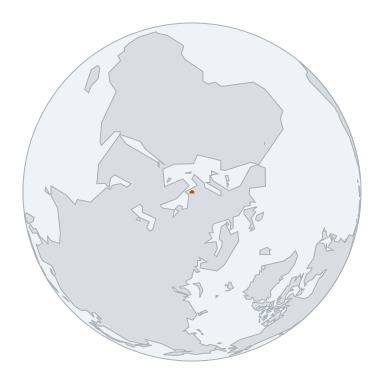 Haskovo on an orthographic globe, rotated 161°
{"feature_id": "BGR-2232", "entity_name": "Haskovo", "entity_type": "Province", "adm_level": 1, "iso_a3": "BGR", "parent_name": "Bulgaria", "parent_adm1": "", "projection": "orthographic", "projection_center": [25.843, 41.878], "detail": "fine", "context": "on_globe", "style": "filled", "palette": "amber", "viewbox_px": 384, "rotation_deg": 161, "n_neighbors": 0, "source": "natural_earth", "source_scale": "10m", "svg_char_len": 11108}
<svg xmlns="http://www.w3.org/2000/svg" viewBox="0 0 384 384"><g transform="rotate(161 192 192)"><circle cx="192" cy="192" r="169" fill="#eef3f6" stroke="#a8b0b8"/><path d="M132.0,34.0L136.6,32.8L131.8,34.4L134.4,33.8L140.6,31.9L144.0,30.8L161.4,29.2L181.9,27.6L188.3,26.2L187.0,27.6L199.0,24.8L210.1,25.2L197.6,25.4L196.4,26.1L203.9,26.4L204.3,27.3L208.1,28.0L207.9,29.1L200.6,29.6L200.3,30.5L205.7,30.7L208.8,32.3L201.0,31.7L205.6,34.5L194.3,36.8L173.6,35.9L167.2,39.6L145.8,45.3L147.8,46.3L140.9,49.7L140.5,52.1L136.7,52.9L139.8,54.3L143.4,53.2L145.9,53.5L146.1,55.0L141.1,56.1L140.4,55.5L139.0,56.6L136.5,56.6L137.8,57.4L131.8,58.8L137.9,59.7L133.2,62.8L129.2,63.1L129.5,60.1L120.9,54.6L116.9,54.7L111.0,57.5L100.2,68.7L95.9,70.4L90.1,74.8L92.5,75.0L97.9,71.7L101.0,73.7L107.2,69.9L109.4,70.3L115.8,68.0L114.9,71.7L110.6,76.7L105.2,79.0L103.2,81.4L108.4,82.3L98.4,89.9L92.0,101.0L89.5,102.9L84.2,100.5L84.0,92.5L77.2,90.9L81.7,95.6L75.1,100.7L74.1,103.3L74.5,105.3L77.0,104.9L74.8,107.6L69.6,103.6L71.5,101.1L73.1,102.2L73.0,98.7L69.4,96.8L66.4,99.9L64.2,94.8L62.0,97.1L60.3,97.6L63.9,94.1L57.3,100.4L54.3,98.0L45.2,109.9L54.0,96.5L57.1,91.5L60.1,86.9L58.6,88.7L64.5,81.1L64.8,80.8L72.9,72.2L81.5,64.1L90.7,56.7L100.4,50.0L110.6,43.9L121.1,38.6L132.0,34.0ZM29.0,147.6L28.5,150.3L26.6,157.6L27.7,154.4L26.3,161.1L26.1,173.0L25.7,173.7L25.2,192.6L27.7,207.8L28.3,215.8L27.7,217.8L29.2,222.7L29.3,225.0L38.1,244.4L44.8,258.3L46.1,265.7L43.4,267.7L48.0,280.2L47.2,279.1L41.2,268.2L36.0,257.0L31.7,245.3L28.2,233.4L25.6,221.3L23.9,209.0L23.1,196.7L23.2,184.3L24.2,171.9L26.2,159.7L29.0,147.6ZM43.0,113.2L35.9,130.0L37.5,124.3L37.7,124.5L40.0,119.3L43.4,112.0L45.5,107.9L43.0,113.2ZM45.2,111.9L46.2,109.5L45.5,111.4L45.2,111.9ZM145.5,30.3L140.7,31.8L134.9,33.5L138.9,32.1L145.5,30.3ZM156.4,28.3L154.3,29.0L151.6,29.0L153.6,28.5L156.4,28.3ZM192.8,25.3L188.8,25.4L192.6,25.1L192.8,25.3ZM208.7,28.0L209.7,27.8L211.3,28.3L208.7,28.0ZM115.9,66.1L115.8,67.0L114.6,67.0L115.9,66.1ZM118.7,64.4L117.4,63.7L118.5,62.8L119.3,63.2L118.7,64.4ZM212.4,30.5L214.5,31.6L211.1,30.6L212.4,30.5ZM120.1,65.5L120.7,61.2L122.7,59.7L127.5,60.2L120.1,65.5ZM215.0,32.3L220.4,35.4L223.1,35.1L218.4,38.1L215.4,34.3L210.7,32.9L214.1,33.1L215.0,32.3ZM144.5,52.2L140.6,53.5L143.7,51.1L144.5,52.2ZM145.8,50.7L151.6,43.7L157.3,42.9L154.2,45.2L161.5,43.3L161.5,46.3L157.5,48.0L153.8,47.9L156.6,49.2L145.8,50.7ZM215.0,39.5L215.2,40.5L213.6,39.6L215.0,39.5ZM147.2,53.5L147.8,52.0L152.9,51.2L152.5,53.9L151.0,53.3L147.2,53.5ZM163.5,41.5L167.1,41.5L168.1,43.9L169.7,44.3L162.0,46.3L163.5,41.5ZM149.9,54.3L152.1,55.4L149.9,57.2L146.9,54.9L149.9,54.3ZM154.3,49.8L156.7,49.6L155.3,50.6L154.3,49.8ZM143.2,64.8L143.9,62.8L146.6,62.2L143.2,64.8ZM153.1,55.7L153.9,55.1L155.0,54.7L156.0,55.9L153.1,55.7ZM163.2,48.0L162.8,49.1L166.4,47.2L167.3,49.1L162.0,50.2L164.6,50.6L164.9,51.2L160.3,51.5L163.2,48.0ZM160.4,55.8L154.0,58.3L152.1,62.0L149.7,62.6L153.1,56.6L160.4,55.8ZM160.7,53.2L160.0,54.9L157.3,54.7L156.2,53.4L160.7,53.2ZM169.8,50.1L169.8,46.9L170.9,46.7L169.8,50.1ZM160.4,56.9L161.9,56.3L160.5,57.2L160.4,56.9ZM167.5,52.2L167.3,51.0L168.6,50.9L167.5,52.2ZM165.1,56.2L163.0,57.0L162.2,56.0L165.1,56.2ZM166.6,54.4L168.4,54.6L163.2,55.3L166.3,53.9L166.6,54.4ZM168.7,52.3L169.5,51.8L168.6,52.8L168.7,52.3ZM169.4,59.5L162.9,60.7L161.2,58.5L167.7,57.7L169.4,59.5ZM89.8,265.8L79.6,239.2L84.6,232.6L85.4,221.9L119.8,196.3L127.1,200.9L154.2,201.7L157.6,203.7L154.5,212.4L174.8,225.3L181.4,218.3L199.8,224.1L212.0,223.1L216.3,205.9L196.3,207.3L192.7,199.1L208.8,190.8L226.2,189.9L225.4,186.7L214.4,180.7L218.3,174.1L210.5,178.1L213.7,181.1L208.9,183.9L205.7,181.3L207.2,179.0L201.9,177.9L196.0,189.9L198.6,194.3L184.8,196.6L187.8,204.4L184.0,207.9L177.5,196.3L178.2,192.0L166.1,178.7L164.2,183.3L175.5,196.3L171.9,195.2L169.5,202.2L168.6,196.0L156.8,181.2L144.3,182.1L128.4,196.7L121.1,196.2L115.0,190.7L120.7,173.5L136.4,176.7L138.7,171.3L135.5,161.7L140.5,163.7L141.2,160.4L147.1,161.2L155.4,154.6L161.4,154.7L164.7,144.8L168.3,143.7L165.3,149.8L166.5,154.3L181.4,154.9L184.3,152.9L185.2,146.6L189.2,147.8L188.2,141.7L196.8,139.3L185.5,137.3L186.3,130.4L191.4,125.3L189.7,122.9L181.2,131.3L179.7,135.1L181.6,138.8L175.7,149.5L170.6,151.0L169.1,138.9L161.6,139.8L163.7,130.5L185.2,112.6L194.2,109.3L209.0,117.5L206.9,121.9L200.6,120.9L206.4,127.8L206.0,124.3L209.3,125.6L210.9,119.9L213.3,120.5L210.7,114.2L213.8,114.3L215.4,118.3L220.5,110.6L227.1,109.7L227.0,107.7L225.1,105.8L234.7,106.2L234.3,104.8L231.0,104.0L227.9,100.8L226.3,95.3L229.7,95.7L230.8,97.7L238.1,102.9L240.3,108.6L241.6,108.2L240.4,103.4L231.5,97.1L229.5,93.7L234.1,96.1L232.3,95.0L232.4,93.4L235.7,92.5L230.8,89.6L227.3,73.9L233.3,70.8L237.8,74.4L238.9,65.2L245.6,63.3L242.5,62.5L241.0,58.1L238.9,58.6L237.3,57.9L232.4,47.9L233.9,46.2L228.3,41.8L226.7,41.5L225.3,42.4L218.4,38.1L223.1,35.1L226.5,35.8L227.2,33.7L234.7,35.9L241.2,37.1L249.1,41.3L253.6,42.2L253.3,41.3L259.2,42.2L272.3,47.7L262.9,47.0L243.5,41.3L251.5,43.7L250.0,44.5L253.1,46.2L258.7,48.1L259.2,47.4L269.9,58.4L284.1,67.8L282.3,63.1L285.4,62.8L299.9,71.4L319.2,94.0L323.5,95.4L326.6,98.5L329.0,103.8L324.6,99.2L323.4,100.7L320.5,97.6L323.0,105.0L319.0,100.9L322.8,109.1L325.9,110.7L325.3,105.3L330.3,114.7L335.0,115.8L340.1,122.4L347.8,143.2L348.7,155.4L349.7,158.2L347.7,158.8L348.6,167.8L355.3,175.2L356.4,179.3L356.2,193.9L355.5,191.1L350.2,192.6L351.8,203.6L355.9,204.9L357.5,211.9L355.4,214.1L353.6,208.3L351.6,208.5L350.3,199.5L345.1,189.9L342.9,197.2L341.3,192.0L333.9,186.3L329.7,196.6L324.3,220.6L326.5,234.6L323.3,243.8L312.1,230.3L306.7,218.1L302.9,222.2L291.2,215.4L271.6,223.9L268.6,221.0L265.0,224.3L256.7,223.1L252.1,217.7L247.1,219.6L259.5,233.4L264.8,231.3L268.9,223.1L271.4,228.5L279.3,230.8L271.3,248.6L242.0,269.4L238.8,259.1L214.8,231.2L215.3,227.4L215.2,227.0L214.9,226.3L213.0,232.5L208.8,226.6L222.0,247.5L224.3,256.5L241.6,270.1L240.0,272.1L245.5,274.2L262.5,265.5L262.7,269.1L254.8,287.1L230.9,311.6L233.9,322.7L231.9,331.9L216.7,339.4L217.8,344.9L209.8,347.5L209.1,350.3L202.6,353.3L191.8,355.8L173.8,355.2L172.9,353.2L164.2,348.0L152.3,332.8L157.1,326.1L155.5,319.6L142.5,302.3L145.4,293.5L141.8,288.8L134.5,288.4L130.4,282.6L126.0,281.4L98.2,275.9L89.8,265.8ZM108.1,212.7L107.2,215.9L108.1,212.7ZM245.1,197.3L255.3,195.2L250.1,185.6L253.7,184.1L250.6,181.6L249.7,184.9L242.2,177.6L246.4,173.3L244.8,168.8L241.3,169.4L234.8,178.7L245.6,189.0L243.5,194.0L245.1,197.3ZM26.2,173.3L25.9,176.2L25.8,174.2L26.2,173.3ZM36.5,126.2L35.6,128.7L34.7,131.0L35.2,129.5L36.5,126.2ZM32.0,146.5L31.6,150.0L31.5,147.6L32.0,146.5ZM35.1,132.5L32.3,144.1L32.2,140.4L34.2,133.3L33.6,136.5L35.1,132.5ZM43.1,114.4L42.2,116.4L41.7,117.1L43.1,114.4ZM44.7,113.3L44.8,112.8L45.7,111.1L44.7,113.3ZM75.5,100.9L75.8,101.3L75.7,103.7L74.6,103.3L75.5,100.9ZM81.9,111.2L78.2,115.4L80.1,111.9L77.9,111.9L79.1,104.9L88.2,103.5L83.9,105.2L81.9,111.2ZM83.3,95.7L81.5,99.9L83.1,95.3L83.3,95.7ZM138.8,142.6L140.8,145.3L138.5,148.8L130.9,149.6L134.1,144.5L138.8,142.6ZM144.2,148.4L144.8,136.7L149.6,136.0L146.8,138.3L149.9,139.0L146.2,143.0L150.1,154.2L148.4,158.1L135.2,156.9L140.5,155.0L138.2,152.3L144.2,148.4ZM138.1,111.4L138.4,107.3L148.3,111.0L146.8,114.5L139.2,115.3L136.4,111.7L138.1,111.4ZM128.4,67.5L127.9,66.4L129.3,66.0L130.8,66.6L128.4,67.5ZM143.3,64.0L132.0,72.4L130.9,71.5L125.7,78.1L120.6,78.2L124.1,73.8L116.3,79.1L117.5,75.2L112.5,79.1L121.0,69.3L121.7,66.3L122.8,69.6L127.5,69.5L129.7,68.6L136.6,63.9L140.5,57.8L145.7,57.1L148.3,58.2L148.2,59.6L144.9,59.5L147.1,61.4L142.1,62.4L143.3,64.0ZM176.4,77.0L172.6,75.5L176.2,81.1L171.3,81.4L172.0,82.1L168.5,84.0L165.4,87.6L163.2,87.2L163.0,88.8L160.6,90.3L159.5,92.4L155.1,92.6L153.5,95.3L152.4,93.8L150.7,98.5L150.0,95.2L146.8,97.0L149.2,99.2L128.1,96.9L119.8,99.1L113.2,102.9L112.9,97.2L118.7,90.2L127.5,83.8L135.6,82.7L133.9,80.5L137.3,79.5L137.2,81.7L139.4,77.7L142.1,77.5L149.9,72.9L151.4,67.8L154.3,66.2L155.1,68.1L157.4,65.2L160.9,67.8L163.1,66.8L168.6,68.5L168.9,73.0L171.3,71.6L175.7,73.0L176.4,77.0ZM170.9,60.1L172.3,65.1L170.3,67.8L161.5,63.8L159.0,64.3L153.3,62.2L156.3,58.4L157.6,59.3L159.7,59.3L157.9,60.5L160.8,59.6L162.8,60.9L165.6,60.6L165.3,62.3L170.9,60.1ZM161.5,200.7L164.1,201.3L168.2,201.3L166.7,205.9L161.5,200.7ZM153.2,190.7L155.6,190.4L155.5,196.5L152.8,196.0L153.2,190.7ZM157.0,185.3L155.8,189.9L154.8,187.1L157.0,185.3ZM167.5,149.3L170.1,148.7L170.3,150.2L168.8,152.4L167.5,149.3ZM186.2,95.0L184.3,93.3L185.0,92.6L183.9,87.8L187.5,87.3L189.6,90.1L186.2,95.0ZM212.8,209.2L209.3,212.8L207.4,211.4L209.0,210.4L212.8,209.2ZM186.9,210.1L192.8,212.2L186.4,211.3L186.9,210.1ZM189.9,93.7L189.0,91.7L191.3,92.7L189.9,93.7ZM190.1,86.8L192.8,87.6L187.8,86.7L190.1,86.8ZM260.0,324.0L247.5,340.4L239.8,342.3L238.9,339.0L243.8,329.8L252.9,325.0L257.5,319.5L260.0,324.0ZM358.1,222.8L358.0,223.7L357.0,227.4L357.6,224.0L359.1,217.2L358.1,222.8ZM357.5,224.4L355.4,226.2L349.5,219.4L351.7,215.9L357.3,215.2L357.0,217.8L358.3,217.8L357.5,224.4ZM360.4,206.1L360.3,207.0L359.9,209.5L359.7,204.6L359.9,199.7L360.3,197.1L359.7,174.3L359.9,173.6L360.6,182.0L360.7,182.7L360.4,206.1ZM327.2,235.4L330.8,240.8L328.8,244.1L327.2,235.4ZM357.7,161.5L359.1,171.1L357.3,160.1L357.7,161.5ZM355.6,152.6L356.4,155.0L355.8,154.1L355.6,152.6ZM351.3,162.0L351.0,165.4L350.1,163.6L350.1,158.1L351.3,162.0ZM344.0,128.2L347.1,133.6L348.1,136.0L346.5,134.0L344.0,128.2ZM219.1,89.7L216.6,96.6L217.3,101.8L221.3,104.9L214.6,103.7L213.6,95.6L219.1,89.7ZM225.9,75.6L222.3,73.3L224.5,72.6L225.6,73.1L225.9,75.6ZM223.3,75.4L217.8,75.9L216.2,73.5L220.9,73.6L223.3,75.4ZM203.8,84.3L202.9,86.3L201.0,85.3L203.8,84.3ZM358.4,162.6L358.7,164.4L357.9,159.8L358.4,162.6ZM356.6,153.8L357.5,158.1L356.0,151.6L356.6,153.8ZM357.2,157.3L356.4,154.5L356.2,152.7L357.2,157.3ZM356.3,152.6L354.7,146.7L355.3,148.8L356.3,152.6ZM354.3,148.4L355.2,148.9L355.5,152.7L351.6,143.0L351.2,140.2L354.3,148.4ZM327.8,96.0L325.8,94.1L324.4,91.3L326.2,93.4L327.8,96.0ZM317.8,81.5L323.3,90.0L327.4,97.4L327.9,96.9L332.0,102.4L329.3,100.8L323.8,92.5L321.3,87.8L317.6,83.8L313.7,78.7L309.2,75.3L306.4,72.4L309.7,74.1L317.8,81.5ZM307.4,74.1L298.2,67.4L297.1,64.3L298.9,65.1L303.5,69.3L303.9,70.7L307.4,74.1ZM295.7,65.0L295.9,66.4L282.9,61.8L279.9,60.1L289.2,61.4L289.9,62.9L293.3,64.7L295.7,65.0ZM216.9,40.5L215.4,40.5L216.2,39.8L216.9,40.5ZM236.2,58.3L234.1,57.3L235.2,56.4L236.2,58.3ZM229.1,54.1L229.3,55.8L227.7,53.8L229.1,54.1ZM230.1,59.9L228.8,56.4L232.1,60.0L230.1,59.9Z" fill="#d9dde1" stroke="#a8b0b8" stroke-width="1"/><path d="M193.6,192.0L193.4,192.2L193.2,192.2L193.1,192.3L193.1,192.5L192.9,192.5L192.9,192.4L192.6,192.4L192.5,192.5L192.4,192.7L192.3,192.8L192.2,192.9L192.0,192.7L191.9,192.7L191.7,192.8L191.7,192.7L191.6,192.8L191.5,192.7L191.5,192.4L191.4,192.3L191.2,192.3L191.0,192.2L190.9,192.1L190.7,192.2L190.6,191.9L190.8,191.8L190.8,191.7L190.8,191.4L190.8,191.2L190.9,191.3L191.0,191.3L191.2,191.2L191.3,191.1L191.5,191.1L191.5,191.3L191.6,191.2L191.7,191.3L191.8,191.4L191.8,191.5L191.9,191.4L192.0,191.3L192.3,191.4L192.4,191.5L192.5,191.6L192.8,191.6L193.0,191.6L193.1,191.8L193.2,191.7L193.3,191.7L193.4,191.8L193.5,192.0L193.6,192.0Z" fill="#f59e0b" stroke="#b45309" stroke-width="1.5"/></g></svg>